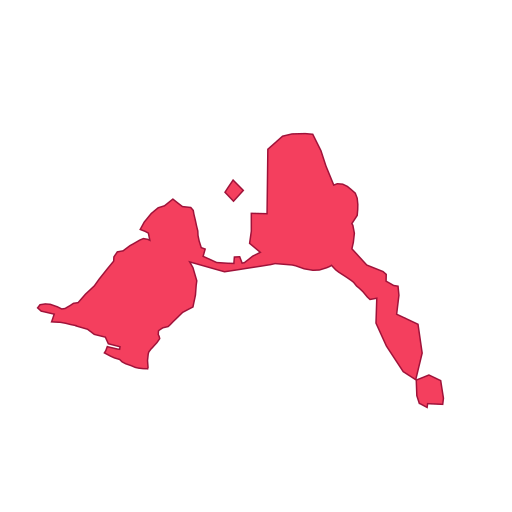 outline of Nasr, Aswan, Egypt, rotated 279°
{"feature_id": "37247803B32135052764998", "entity_name": "Nasr", "entity_type": "district", "adm_level": 2, "iso_a3": "EGY", "parent_name": "Egypt", "parent_adm1": "Aswan", "projection": "robinson", "projection_center": [32.989, 24.512], "detail": "fine", "context": "isolated", "style": "filled", "palette": "rose", "viewbox_px": 512, "rotation_deg": 279, "n_neighbors": 0, "source": "geoboundaries", "source_scale": "gbopen_adm2", "svg_char_len": 2896}
<svg xmlns="http://www.w3.org/2000/svg" viewBox="0 0 512 512"><g transform="rotate(279 256 256)"><path d="M136.6,121.4L134.3,128.1L133.2,132.1L132.5,137.3L132.5,137.5L130.5,140.3L129.2,144.1L128.2,149.8L127.1,154.1L126.9,157.6L127.1,162.3L127.6,166.0L127.6,166.6L128.0,166.6L129.0,166.8L135.8,165.2L141.8,164.9L142.5,164.9L142.9,164.9L144.7,165.2L145.2,165.5L148.3,167.2L148.7,167.6L149.1,167.9L151.2,169.2L154.8,171.6L156.8,172.6L159.1,173.7L159.4,173.8L161.5,172.9L163.2,171.7L163.6,171.7L166.7,171.4L167.7,172.1L170.5,175.2L172.6,180.3L174.9,182.1L178.2,184.4L184.2,188.9L188.9,192.4L189.4,193.1L192.5,197.2L195.8,201.7L200.3,201.9L203.8,202.1L208.0,202.3L217.6,201.5L222.2,201.4L234.7,195.5L239.8,191.4L238.5,202.3L235.5,227.4L235.7,228.0L240.0,241.5L242.3,248.5L246.6,262.0L249.4,270.5L249.6,271.3L251.5,276.0L251.8,279.8L252.8,293.2L252.5,297.1L252.4,297.5L252.3,298.0L251.3,303.5L250.9,305.5L250.8,314.3L250.9,315.0L252.1,320.8L255.5,327.7L257.0,330.1L257.9,331.3L258.6,332.0L254.8,336.9L252.9,340.4L250.4,346.1L249.0,349.2L246.8,353.8L245.3,356.5L242.1,360.0L240.3,363.1L237.4,367.3L233.0,372.3L230.9,375.4L233.2,381.9L208.5,385.0L187.6,398.8L186.8,399.5L164.8,419.5L158.8,433.1L186.1,435.3L213.9,426.7L220.5,404.0L239.6,403.3L248.4,401.0L248.4,396.6L251.5,388.4L258.2,387.5L260.5,383.9L264.4,366.8L278.1,349.6L284.8,350.0L293.8,349.6L301.4,346.9L303.0,345.6L311.9,349.6L317.7,349.2L322.8,348.5L328.9,346.9L333.6,344.2L336.5,339.6L339.0,335.4L340.5,330.4L340.1,325.0L338.2,321.7L355.8,311.0L370.1,303.7L385.1,293.0L384.6,285.5L382.2,272.5L378.5,263.5L363.3,251.0L299.5,260.3L297.4,244.7L279.8,247.5L267.5,247.7L260.3,259.7L255.4,252.8L247.6,245.6L246.8,243.4L252.7,240.0L251.6,234.8L245.2,235.3L244.4,229.1L243.4,218.2L247.4,203.8L254.9,204.7L255.7,200.6L261.9,197.5L267.2,195.5L271.6,194.6L276.6,192.5L281.8,190.5L287.6,188.1L291.2,186.9L293.7,184.0L293.3,175.6L296.3,170.1L299.2,165.0L291.3,157.8L288.3,151.8L281.6,145.9L272.0,140.3L264.1,137.5L263.0,142.6L261.8,146.1L254.9,148.7L255.5,146.5L255.6,142.1L253.6,138.8L248.5,132.5L247.6,131.3L246.5,129.9L240.3,123.9L238.4,118.4L232.9,115.8L229.0,116.2L228.6,116.2L220.8,111.6L208.8,104.8L201.2,101.0L191.7,93.6L182.1,87.6L180.7,83.1L178.0,80.2L175.6,77.2L174.3,75.7L173.3,72.4L174.8,67.6L174.9,66.9L176.1,60.4L175.7,55.4L174.1,50.3L170.6,48.4L167.9,52.5L167.9,53.4L167.0,65.8L166.5,65.7L159.9,64.6L159.0,64.4L159.3,67.6L159.9,73.1L159.8,78.3L159.3,83.8L159.1,89.2L158.8,89.2L157.3,101.1L153.3,108.5L152.3,119.9L146.2,123.9L145.1,135.9L142.5,135.9L142.4,134.0L143.1,124.5L143.2,123.7L143.3,123.3L140.3,122.7L138.9,122.4L136.8,121.5L136.6,121.4ZM138.7,463.6L144.8,463.4L161.8,457.9L165.5,445.4L158.5,433.7L143.2,436.7L136.1,440.3L135.9,440.4L135.8,441.2L133.2,448.7L137.0,448.6L138.7,463.6ZM327.4,221.5L319.3,217.7L314.1,215.4L306.6,225.2L311.3,228.3L318.8,233.2L327.4,221.5Z" fill="#f43f5e" stroke="#9f1239" stroke-width="1.5"/></g></svg>